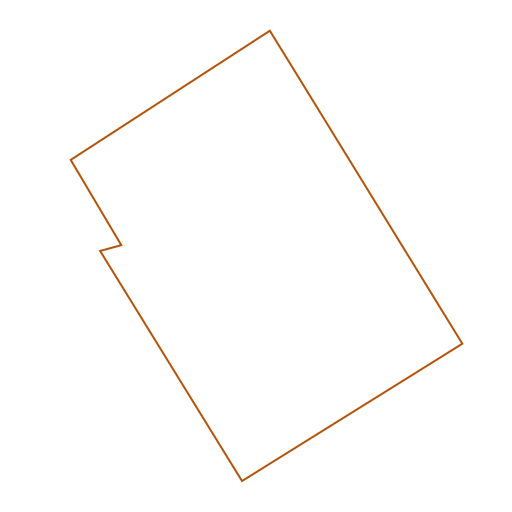 Sterling, Texas, United States of America, rotated 148°
{"feature_id": "52423323B58993545111067", "entity_name": "Sterling", "entity_type": "district", "adm_level": 2, "iso_a3": "USA", "parent_name": "United States of America", "parent_adm1": "Texas", "projection": "orthographic", "projection_center": [-101.069, 31.822], "detail": "fine", "context": "isolated", "style": "outline", "palette": "amber", "viewbox_px": 512, "rotation_deg": 148, "n_neighbors": 0, "source": "geoboundaries", "source_scale": "gbopen_adm2", "svg_char_len": 271}
<svg xmlns="http://www.w3.org/2000/svg" viewBox="0 0 512 512"><g transform="rotate(148 256 256)"><path d="M124.9,439.7L362.2,435.7L364.5,336.6L385.5,342.9L387.1,72.6L174.6,72.3L127.5,72.3L125.3,374.3L124.9,439.7Z" fill="none" stroke="#b45309" stroke-width="2"/></g></svg>